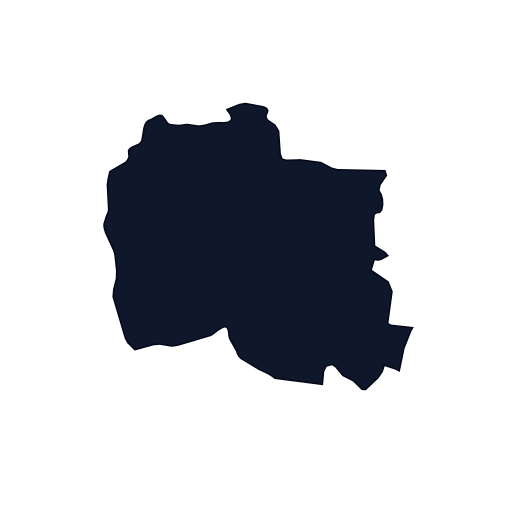 SVG path tracing the border of Forlì-Cesena, rotated 60°
{"feature_id": "ITA-5365", "entity_name": "Forlì-Cesena", "entity_type": "Province", "adm_level": 1, "iso_a3": "ITA", "parent_name": "Italy", "parent_adm1": "", "projection": "natural_earth1", "projection_center": [11.987, 44.042], "detail": "fine", "context": "isolated", "style": "filled", "palette": "ink", "viewbox_px": 512, "rotation_deg": 60, "n_neighbors": 0, "source": "natural_earth", "source_scale": "10m", "svg_char_len": 1847}
<svg xmlns="http://www.w3.org/2000/svg" viewBox="0 0 512 512"><g transform="rotate(60 256 256)"><path d="M396.4,156.2L398.2,159.3L409.7,173.9L427.1,189.4L423.6,191.6L414.7,199.6L419.1,204.4L422.4,211.2L426.4,228.0L424.5,230.8L412.7,234.1L402.9,240.5L391.6,242.4L387.9,244.4L386.4,250.3L389.7,255.2L400.4,262.7L371.4,300.7L368.6,301.8L364.1,304.2L355.4,310.2L337.0,320.3L333.9,320.9L331.2,320.9L329.1,320.3L314.7,320.1L312.5,319.6L307.2,317.3L305.5,316.9L304.3,316.8L302.8,317.0L301.7,318.3L301.1,320.3L301.1,325.3L302.1,333.0L302.0,335.3L294.1,368.3L291.9,373.9L284.2,383.3L281.5,389.0L276.6,407.7L267.2,410.3L261.9,410.2L219.9,400.1L213.7,395.8L205.9,388.2L198.8,383.8L184.4,377.5L180.4,376.4L160.9,374.6L156.8,373.7L153.9,372.6L152.3,371.6L147.3,366.3L144.0,361.9L142.0,360.3L119.8,349.0L114.9,345.1L113.0,343.3L109.8,340.3L109.7,321.6L108.7,319.2L106.7,316.3L104.2,315.3L100.9,313.6L99.9,311.5L99.8,308.8L100.6,301.3L100.0,298.9L98.9,297.0L89.1,289.0L86.3,285.8L85.2,283.5L84.9,281.2L85.3,278.9L85.4,271.7L86.0,269.1L87.3,267.3L89.4,266.8L96.5,266.2L98.3,265.5L99.7,264.2L104.1,258.0L105.2,255.8L107.5,250.1L114.7,240.9L115.9,238.4L117.2,234.8L119.1,227.3L122.5,220.5L124.1,218.1L126.2,213.4L126.2,210.7L125.5,208.9L123.7,208.0L121.6,207.6L119.6,207.5L115.9,208.0L114.6,208.0L116.5,194.8L118.6,188.9L130.7,174.8L133.4,173.0L136.0,173.1L137.5,174.6L138.8,176.5L140.6,177.9L143.7,178.2L152.1,174.2L159.2,174.0L179.6,184.0L185.2,185.0L188.4,181.7L195.0,169.4L207.6,153.0L217.6,146.8L222.1,142.2L246.6,101.7L251.4,102.8L256.3,113.0L260.5,116.8L265.4,116.9L270.2,118.2L274.8,120.6L278.9,124.1L280.0,127.1L278.9,129.8L278.9,132.7L283.5,136.3L306.6,148.3L317.5,142.5L321.6,141.7L321.4,149.5L320.6,152.2L318.2,155.3L325.8,163.5L344.5,154.6L354.8,156.0L380.3,175.8L383.4,173.9L396.4,156.2Z" fill="#0f172a" stroke="#020617" stroke-width="1.5"/></g></svg>